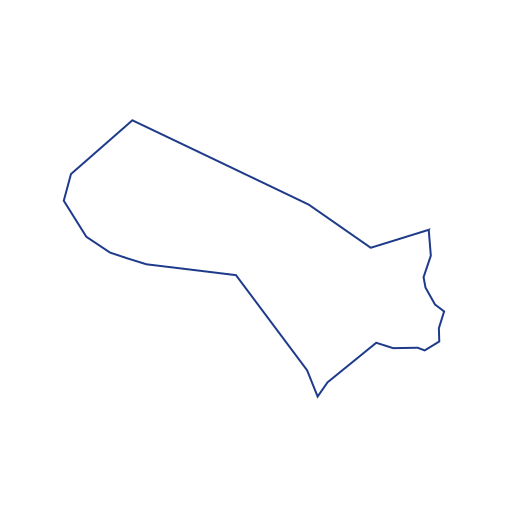 Tonj South, Warrap, South Sudan, rotated 116°
{"feature_id": "79223893B28236653000633", "entity_name": "Tonj South", "entity_type": "district", "adm_level": 2, "iso_a3": "SSD", "parent_name": "South Sudan", "parent_adm1": "Warrap", "projection": "robinson", "projection_center": [28.756, 7.089], "detail": "fine", "context": "isolated", "style": "outline", "palette": "blue", "viewbox_px": 512, "rotation_deg": 116, "n_neighbors": 0, "source": "geoboundaries", "source_scale": "gbopen_adm2", "svg_char_len": 516}
<svg xmlns="http://www.w3.org/2000/svg" viewBox="0 0 512 512"><g transform="rotate(116 256 256)"><path d="M314.6,371.1L311.5,350.9L282.0,265.6L336.3,160.0L355.3,139.0L338.1,136.3L281.3,109.9L278.7,92.3L267.6,70.5L266.9,63.0L252.5,53.8L240.7,60.0L223.4,62.6L221.1,73.9L210.1,89.8L201.6,96.1L179.1,99.0L156.8,112.2L156.7,112.2L198.3,156.5L186.7,231.2L187.6,350.6L188.2,420.6L188.2,426.6L263.4,458.2L263.6,458.2L290.6,453.0L313.1,416.9L316.9,388.7L314.6,371.1Z" fill="none" stroke="#1e3a8a" stroke-width="2"/></g></svg>